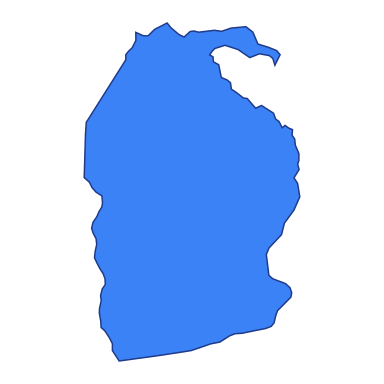 outline of Glorinha, Rio Grande do Sul, Brazil
{"feature_id": "56859067B49954070433936", "entity_name": "Glorinha", "entity_type": "district", "adm_level": 2, "iso_a3": "BRA", "parent_name": "Brazil", "parent_adm1": "Rio Grande do Sul", "projection": "robinson", "projection_center": [-50.759, -29.883], "detail": "fine", "context": "isolated", "style": "filled", "palette": "blue", "viewbox_px": 384, "rotation_deg": 0, "n_neighbors": 0, "source": "geoboundaries", "source_scale": "gbopen_adm2", "svg_char_len": 1626}
<svg xmlns="http://www.w3.org/2000/svg" viewBox="0 0 384 384"><path d="M276.7,50.6L268.7,47.4L257.9,44.0L252.9,32.2L245.9,26.7L231.0,28.1L221.6,31.3L214.5,30.3L198.6,32.2L193.9,31.0L190.2,31.5L184.1,37.0L178.9,34.5L171.0,27.8L167.1,23.0L154.7,29.3L148.1,35.8L143.5,35.8L135.8,32.4L135.9,40.3L132.3,47.6L128.3,51.5L125.8,54.7L125.8,59.8L86.3,122.3L85.5,133.8L84.2,177.6L89.4,182.2L92.1,187.7L96.2,192.3L101.9,195.9L102.5,202.9L101.8,207.1L99.1,211.4L96.8,216.8L93.1,222.1L91.6,228.2L93.1,233.0L96.1,238.8L96.7,244.4L95.2,251.3L94.5,257.8L97.0,263.1L99.8,268.5L103.2,273.8L105.0,278.8L105.3,284.5L102.2,289.0L100.6,295.6L101.2,300.7L99.5,308.4L99.3,313.0L100.7,320.8L101.1,327.5L104.7,330.7L106.9,333.9L109.6,338.2L112.4,343.7L112.4,350.6L119.2,361.0L125.6,360.1L161.9,355.1L191.1,350.6L210.6,343.9L219.8,342.1L229.7,335.8L235.1,333.7L242.0,333.3L252.1,331.2L265.6,328.5L271.2,326.4L274.1,322.8L275.7,315.9L277.5,310.7L287.0,301.1L290.9,297.1L291.7,292.9L290.0,287.7L285.5,283.6L272.8,278.8L268.9,275.4L266.3,254.5L269.1,247.8L281.5,234.7L284.4,223.2L294.0,210.0L297.9,201.1L299.8,196.9L298.3,187.7L297.5,183.2L294.0,177.9L299.1,169.5L297.7,164.3L298.9,160.3L298.9,153.6L295.3,145.1L294.7,139.0L292.1,135.3L292.5,129.6L288.6,128.0L285.1,125.4L282.2,127.8L279.0,121.5L275.7,119.1L273.5,113.2L261.5,105.5L255.6,108.2L247.2,98.5L243.4,98.0L236.1,92.3L231.4,89.2L230.5,82.8L227.2,80.0L221.3,77.5L218.7,64.7L213.4,61.8L213.0,56.8L209.7,54.9L212.1,51.3L214.8,48.5L225.0,45.3L234.3,48.3L238.0,49.5L249.8,57.6L259.4,53.8L269.3,55.6L272.8,58.4L274.9,65.2L280.1,54.7L276.7,50.6Z" fill="#3b82f6" stroke="#1e3a8a" stroke-width="1.5"/></svg>